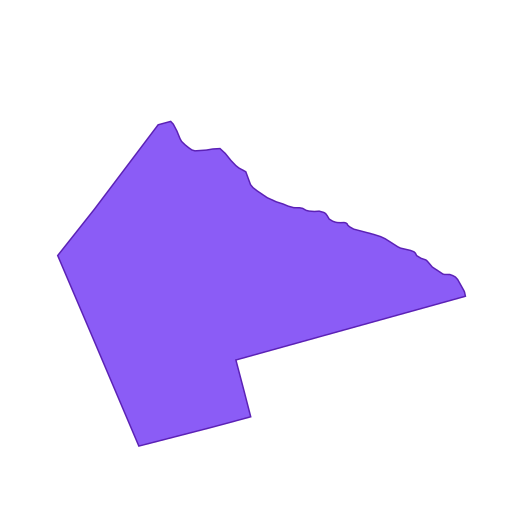 outline of Pike, Missouri, United States of America, rotated 344°
{"feature_id": "52423323B3940547538762", "entity_name": "Pike", "entity_type": "district", "adm_level": 2, "iso_a3": "USA", "parent_name": "United States of America", "parent_adm1": "Missouri", "projection": "albers", "projection_center": [-90.992, 39.369], "detail": "fine", "context": "isolated", "style": "filled", "palette": "violet", "viewbox_px": 512, "rotation_deg": 344, "n_neighbors": 0, "source": "geoboundaries", "source_scale": "gbopen_adm2", "svg_char_len": 1127}
<svg xmlns="http://www.w3.org/2000/svg" viewBox="0 0 512 512"><g transform="rotate(344 256 256)"><path d="M91.0,406.4L168.0,408.5L206.6,409.1L207.3,382.5L208.0,350.4L446.2,352.4L446.5,348.3L446.3,346.6L443.4,334.3L441.9,331.2L439.8,329.1L437.2,327.2L432.1,325.7L430.7,324.9L422.4,315.2L419.2,308.1L418.2,306.6L414.0,303.7L410.5,299.9L410.0,297.2L409.0,295.5L406.0,293.2L397.0,288.2L394.7,286.1L384.9,275.0L381.1,271.7L375.1,267.7L357.3,257.1L354.0,253.7L352.7,251.7L352.5,250.3L351.5,249.0L349.9,248.1L346.5,247.3L343.2,246.2L341.4,245.2L339.2,243.6L336.5,240.6L335.6,237.1L335.1,235.7L334.8,234.8L333.9,233.5L333.0,232.7L329.1,230.3L324.4,229.3L319.3,227.4L316.7,225.9L314.0,223.1L311.3,221.7L305.7,220.0L300.6,216.9L296.4,213.5L290.4,209.5L282.8,203.0L275.2,193.9L271.9,189.4L270.4,185.9L269.4,172.2L263.8,166.7L261.5,163.5L258.2,157.2L254.8,149.1L251.0,142.8L243.8,141.2L237.4,140.5L226.3,138.1L223.6,136.4L221.0,133.2L218.4,129.5L216.0,125.3L215.3,122.2L214.4,114.0L213.0,107.3L212.8,106.4L211.1,103.1L198.1,102.9L113.4,166.6L65.5,200.9L76.5,288.9L91.0,406.4Z" fill="#8b5cf6" stroke="#5b21b6" stroke-width="1.5"/></g></svg>